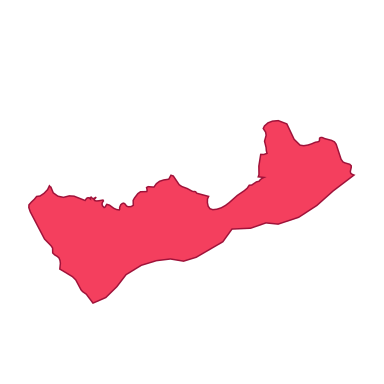 SVG path tracing the border of Edirne, rotated 62°
{"feature_id": "TUR-2240", "entity_name": "Edirne", "entity_type": "Province", "adm_level": 1, "iso_a3": "TUR", "parent_name": "Turkey", "parent_adm1": "", "projection": "mercator", "projection_center": [26.457, 41.291], "detail": "fine", "context": "isolated", "style": "filled", "palette": "rose", "viewbox_px": 384, "rotation_deg": 62, "n_neighbors": 0, "source": "natural_earth", "source_scale": "10m", "svg_char_len": 2350}
<svg xmlns="http://www.w3.org/2000/svg" viewBox="0 0 384 384"><g transform="rotate(62 192 192)"><path d="M250.0,43.1L251.4,42.4L253.1,41.0L257.3,66.8L262.5,88.1L264.4,109.6L260.8,131.0L254.0,141.2L251.5,157.2L243.5,174.1L248.4,184.1L250.4,188.1L251.6,218.9L249.1,231.9L241.0,242.5L235.9,255.7L232.9,271.2L234.0,289.0L240.3,302.8L244.5,317.0L244.7,317.6L243.7,330.5L243.6,331.6L232.6,333.3L228.7,335.3L226.5,335.9L215.1,335.9L210.6,337.3L198.0,344.9L193.2,341.7L190.6,340.7L187.8,340.4L185.6,341.2L183.0,342.8L180.4,343.6L176.0,341.4L173.2,341.7L164.3,344.3L133.6,344.1L129.2,343.4L126.8,342.0L125.5,338.6L124.4,334.6L123.0,331.3L124.2,328.0L123.7,323.2L122.1,318.4L119.6,315.0L120.9,314.7L121.4,314.3L127.6,314.9L132.7,312.4L136.4,308.0L137.8,302.2L140.3,298.1L149.3,290.4L148.1,288.0L148.2,286.5L148.7,285.8L150.4,285.0L149.8,284.8L149.3,284.8L149.1,284.4L149.2,283.4L150.7,283.0L151.5,282.5L151.6,281.3L151.6,279.0L152.4,281.1L152.6,282.0L153.8,282.0L155.0,280.7L155.9,278.7L157.3,274.4L158.3,274.4L158.9,275.6L159.7,276.6L160.9,277.3L162.3,277.5L164.5,276.9L164.4,275.5L163.4,274.0L162.9,273.0L164.9,271.0L169.7,268.7L172.0,266.9L173.7,264.7L173.2,263.9L171.6,263.1L169.8,260.9L169.4,258.9L169.8,257.5L171.3,256.7L173.7,256.4L175.1,255.2L176.3,252.6L176.2,250.1L171.8,247.9L170.3,245.6L168.0,240.6L167.6,237.4L170.4,231.7L169.2,230.7L166.7,230.0L166.7,228.2L169.8,223.3L167.9,219.5L167.3,215.6L168.1,211.3L169.8,206.5L167.3,202.7L169.1,201.0L179.6,199.9L182.4,198.4L186.8,194.5L191.4,191.5L192.4,190.4L192.8,189.4L193.5,188.7L195.3,188.4L203.7,179.4L205.4,181.6L208.6,183.4L212.1,184.4L215.2,184.0L217.4,181.9L218.9,178.1L219.7,173.5L219.6,168.8L218.9,164.4L216.3,153.6L215.4,145.3L214.6,141.5L212.9,138.3L213.9,136.1L213.3,130.4L214.0,127.7L213.4,126.5L213.0,125.0L212.8,123.3L212.9,121.7L209.7,126.4L208.1,124.7L200.5,120.8L191.1,113.7L192.6,110.9L193.1,107.6L190.5,107.0L187.5,105.7L181.2,104.1L176.7,99.9L173.7,98.9L169.4,99.3L167.7,97.0L166.6,92.5L167.2,87.7L169.5,82.3L176.4,76.3L193.4,77.1L201.4,74.6L203.6,71.6L205.0,67.5L205.7,63.4L205.8,61.8L205.9,60.5L206.1,59.3L206.8,57.4L206.9,56.1L206.4,55.3L204.4,54.1L204.2,53.2L204.8,51.7L205.9,50.7L207.1,49.8L211.9,44.6L214.6,42.7L217.5,42.3L233.1,45.0L236.3,44.6L238.0,43.4L241.6,39.7L243.6,39.1L245.1,39.9L248.2,42.6L250.0,43.1Z" fill="#f43f5e" stroke="#9f1239" stroke-width="1.5"/></g></svg>